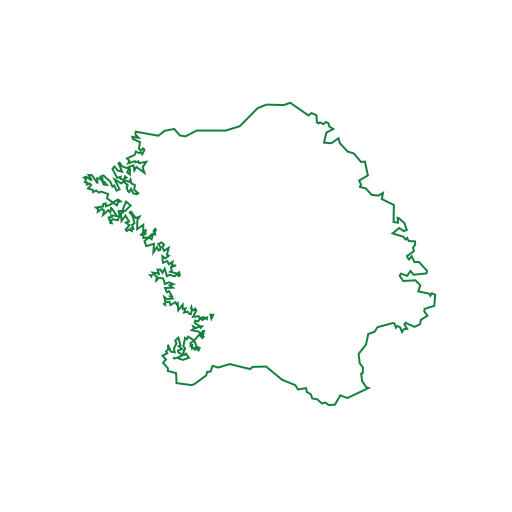 the district of Nioaque, Mato Grosso do Sul, Brazil, rotated 138°
{"feature_id": "56859067B14373210105455", "entity_name": "Nioaque", "entity_type": "district", "adm_level": 2, "iso_a3": "BRA", "parent_name": "Brazil", "parent_adm1": "Mato Grosso do Sul", "projection": "natural_earth1", "projection_center": [-55.801, -21.112], "detail": "fine", "context": "isolated", "style": "outline", "palette": "green", "viewbox_px": 512, "rotation_deg": 138, "n_neighbors": 0, "source": "geoboundaries", "source_scale": "gbopen_adm2", "svg_char_len": 6171}
<svg xmlns="http://www.w3.org/2000/svg" viewBox="0 0 512 512"><g transform="rotate(138 256 256)"><path d="M168.5,97.0L168.0,102.2L166.1,103.9L156.8,99.7L148.8,107.3L150.3,110.7L153.0,109.8L152.5,112.1L159.1,121.1L153.5,124.3L153.8,131.3L163.3,138.9L162.5,145.1L160.1,145.9L157.0,140.1L151.2,141.5L151.4,136.6L141.0,129.0L138.8,130.5L138.9,142.6L142.4,145.4L140.4,151.7L144.6,151.0L144.6,152.9L143.9,154.9L135.4,153.9L133.8,157.1L130.2,157.8L128.1,160.5L132.5,165.0L131.6,168.3L133.9,168.3L133.6,171.7L139.4,181.4L130.9,181.0L129.5,175.7L126.6,174.4L123.7,181.0L124.5,188.5L125.2,189.6L128.1,185.7L131.0,189.2L119.4,201.7L124.4,214.1L119.5,217.9L124.4,218.8L129.1,223.9L129.2,232.8L132.5,237.8L130.2,238.8L128.8,243.1L118.9,241.0L111.9,253.3L115.0,255.6L114.7,266.8L118.0,272.2L118.2,283.9L115.9,288.3L124.6,289.4L129.6,294.8L121.2,300.6L113.6,298.7L114.9,303.1L113.3,306.2L114.5,308.9L117.6,308.8L119.1,312.5L120.8,312.7L121.4,314.5L116.9,320.1L119.1,325.1L123.0,325.3L128.0,346.9L134.3,349.5L146.9,361.5L155.9,364.8L181.2,363.3L194.6,369.5L216.1,388.9L228.3,392.1L231.9,396.5L231.8,405.1L240.1,410.2L248.1,410.7L262.1,428.8L264.4,427.0L264.1,422.3L268.2,427.3L269.2,425.3L266.0,418.4L271.2,413.9L271.0,411.5L267.9,411.5L267.8,409.6L272.5,407.6L272.3,410.4L274.1,410.7L275.3,414.0L278.7,412.3L286.6,414.9L286.4,411.5L289.1,410.4L282.6,407.5L282.7,405.9L280.1,405.2L280.8,403.3L274.5,399.4L280.9,397.8L283.3,392.5L285.3,402.2L289.1,401.0L286.4,405.4L293.5,408.2L295.5,412.4L294.9,416.6L296.1,416.9L299.1,408.3L301.6,412.0L301.3,417.2L304.4,416.7L306.9,407.0L303.5,405.4L305.1,404.3L300.7,396.0L298.1,396.9L300.1,393.5L298.6,389.7L302.2,386.7L301.5,381.5L303.2,381.6L305.3,384.8L303.9,389.5L307.5,388.3L307.8,389.8L306.2,393.7L303.9,394.5L304.7,400.0L307.6,400.2L309.8,407.4L312.8,396.8L315.9,397.9L314.2,403.3L316.3,403.6L314.5,408.9L315.5,417.9L318.2,419.0L318.0,416.4L320.2,414.5L320.1,418.1L322.1,420.1L325.1,415.9L323.9,426.0L326.2,428.2L327.5,422.0L329.3,428.7L331.4,429.4L331.0,426.8L333.8,425.3L332.2,423.4L333.8,422.2L331.0,421.0L331.0,419.0L335.6,418.6L333.0,413.9L334.3,412.5L330.9,411.5L330.3,408.2L328.0,407.5L324.4,400.9L328.1,398.7L326.7,391.6L328.7,391.3L334.3,393.4L332.5,395.7L334.6,396.8L336.6,395.2L342.5,399.0L342.1,396.4L344.0,394.7L339.0,394.1L338.4,391.6L342.2,388.8L335.2,388.9L335.1,385.9L331.6,388.6L331.4,387.1L332.6,378.8L336.3,383.0L337.2,381.3L339.7,383.2L342.1,377.9L341.3,376.8L340.0,379.6L337.2,378.5L334.8,375.0L330.3,377.5L328.0,381.3L325.3,379.0L325.9,377.4L327.8,378.3L332.5,372.0L326.0,373.4L327.3,366.6L330.4,367.9L329.4,363.6L335.2,363.0L335.4,361.0L332.7,360.8L331.5,357.7L330.3,360.0L328.9,358.3L327.3,362.0L324.3,361.7L320.7,368.7L320.8,372.7L319.2,372.6L320.0,364.7L316.3,363.2L320.2,362.0L326.4,355.5L318.9,354.6L323.1,350.0L320.7,348.9L323.4,346.5L324.0,348.9L327.2,348.7L325.7,346.6L327.7,344.9L323.3,341.6L329.0,341.6L330.9,336.7L323.7,333.3L329.8,327.4L323.8,328.9L324.7,325.3L323.3,324.6L320.9,326.6L320.8,330.2L317.2,329.4L316.7,326.1L319.6,325.2L320.9,321.4L315.4,320.5L321.3,316.6L320.6,314.5L325.0,314.9L325.7,318.5L329.7,313.2L325.3,311.6L326.4,308.2L321.9,307.5L324.7,305.4L321.8,302.4L326.7,304.7L328.3,301.6L330.3,301.7L326.2,295.5L330.0,295.3L332.9,300.0L335.7,300.6L332.4,307.6L336.7,306.1L336.1,309.7L338.3,311.8L340.6,306.6L340.4,308.7L343.9,312.8L344.0,306.2L340.0,301.3L342.4,296.1L338.3,294.7L336.3,290.4L339.9,292.0L339.1,288.2L345.0,293.0L346.6,288.7L344.1,288.1L345.4,282.5L346.8,283.4L346.4,280.2L351.0,283.3L351.6,287.0L354.2,282.2L351.0,279.8L352.4,276.8L346.8,275.6L347.4,273.0L345.8,273.2L350.1,267.7L343.1,268.9L345.9,265.5L343.4,264.2L347.3,262.1L344.0,260.4L344.3,257.7L343.2,256.3L339.3,259.2L338.5,257.2L336.4,257.6L336.8,255.5L343.5,252.9L338.9,249.6L339.1,247.3L342.6,246.1L344.4,248.7L346.2,247.5L344.8,241.4L348.7,242.5L349.8,245.6L350.5,243.6L353.3,243.9L349.0,237.7L349.0,231.0L350.7,230.8L350.8,235.5L358.5,234.6L360.4,241.5L363.1,240.4L363.5,242.6L370.4,237.5L370.5,234.6L374.9,232.9L375.0,230.2L373.4,230.2L373.9,225.2L379.8,227.7L382.9,233.2L376.9,231.2L378.1,236.7L377.3,238.0L373.2,236.3L373.8,240.7L372.0,240.0L368.3,247.3L372.6,247.2L373.5,244.3L378.8,242.2L380.8,238.8L383.3,242.0L380.8,248.9L383.8,245.3L386.8,245.3L387.0,243.1L392.2,244.5L392.2,239.3L396.5,238.9L396.6,231.5L398.4,229.5L393.8,222.4L400.1,214.7L390.1,203.0L387.3,202.0L372.9,200.6L369.9,202.5L367.1,200.5L361.8,203.4L358.6,198.3L347.9,193.3L336.1,176.0L332.5,175.7L322.5,167.1L319.4,146.5L313.2,133.7L314.1,128.7L307.2,124.3L309.2,121.0L307.8,116.5L309.5,112.5L306.4,108.5L305.7,102.3L302.5,100.7L301.8,96.7L296.9,92.7L286.6,96.0L283.1,89.3L260.7,82.6L261.9,84.8L260.8,92.1L256.6,98.2L255.1,97.5L251.1,101.7L250.7,106.9L245.2,114.6L233.4,116.6L224.9,122.9L218.6,120.4L213.3,121.8L199.2,114.6L198.2,113.3L200.0,109.1L197.8,109.4L196.6,106.6L198.4,101.8L195.2,102.7L192.4,100.7L191.5,105.9L189.6,106.3L185.6,97.3L179.8,95.5L176.2,98.2L168.5,97.0ZM358.5,234.6L360.8,228.1L359.4,225.4L361.9,224.3L362.0,227.5L364.9,227.0L362.7,228.7L365.5,230.0L363.0,232.4L364.9,232.8L363.1,235.1L358.5,234.6ZM325.3,379.0L316.2,383.4L315.3,377.5L323.2,377.0L325.3,379.0ZM326.7,391.6L320.8,390.3L320.1,387.2L322.3,388.5L325.4,386.7L326.7,391.6ZM323.3,341.6L319.2,341.9L317.7,341.3L322.4,338.3L323.3,341.6ZM291.1,406.6L291.7,404.7L295.2,401.0L295.8,404.3L291.1,406.6ZM339.1,247.3L335.8,245.6L335.2,243.7L338.8,244.4L339.1,247.3ZM331.1,239.2L329.1,242.9L327.1,240.9L331.1,239.2ZM320.2,414.5L319.2,412.8L319.3,408.7L321.3,410.9L320.2,414.5ZM326.2,295.5L324.0,295.4L325.6,292.5L327.0,293.0L326.2,295.5ZM348.7,234.0L346.0,235.9L344.9,235.1L347.5,233.2L348.7,234.0ZM315.7,341.3L315.3,343.2L312.8,343.6L313.0,342.3L315.7,341.3ZM344.8,241.4L343.2,239.8L345.3,239.7L344.8,241.4ZM317.7,341.3L315.7,341.3L316.6,339.5L317.7,341.3ZM301.8,401.7L300.1,402.8L299.8,401.0L301.8,401.7ZM385.2,234.4L385.8,235.8L384.2,233.9L385.2,234.4ZM335.2,243.7L333.5,243.0L334.7,242.0L335.2,243.7ZM339.3,259.2L339.2,260.9L338.1,261.4L339.3,259.2ZM344.0,306.2L345.5,305.5L346.7,304.5L344.8,304.4L344.0,306.2ZM347.5,312.5L347.4,310.8L346.2,311.4L347.5,312.5ZM356.5,282.0L356.2,280.5L355.3,281.9L356.5,282.0Z" fill="none" stroke="#15803d" stroke-width="2"/></g></svg>